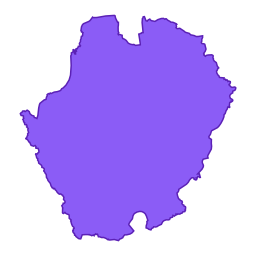 outline of Pho Thale, Phichit, Thailand
{"feature_id": "78962969B47406793118742", "entity_name": "Pho Thale", "entity_type": "district", "adm_level": 2, "iso_a3": "THA", "parent_name": "Thailand", "parent_adm1": "Phichit", "projection": "albers", "projection_center": [100.23, 16.06], "detail": "fine", "context": "isolated", "style": "filled", "palette": "violet", "viewbox_px": 256, "rotation_deg": 0, "n_neighbors": 0, "source": "geoboundaries", "source_scale": "gbopen_adm2", "svg_char_len": 5709}
<svg xmlns="http://www.w3.org/2000/svg" viewBox="0 0 256 256"><path d="M224.1,77.9L219.8,77.5L219.3,77.1L219.1,76.1L217.9,74.9L216.8,73.0L216.5,71.0L217.2,70.3L217.8,68.6L218.7,67.9L217.3,66.1L216.3,62.6L214.3,61.1L213.4,59.7L213.4,58.5L212.9,57.8L213.2,56.0L213.0,55.5L211.8,54.8L208.1,55.0L206.3,55.4L205.4,56.3L204.0,55.2L203.8,54.6L204.2,54.1L203.7,53.4L205.2,51.3L206.0,49.1L204.8,44.3L204.2,43.9L201.9,43.5L201.3,42.7L201.3,42.1L201.8,41.3L201.8,39.2L202.6,37.5L202.6,35.8L198.1,36.5L196.1,36.5L194.3,35.6L190.6,34.8L189.3,33.4L185.4,32.3L183.9,31.0L179.8,28.3L177.1,28.7L176.0,27.7L176.5,26.7L176.1,24.8L176.8,24.3L176.2,23.7L173.0,22.3L170.7,22.1L170.0,21.4L167.7,20.2L166.3,18.8L165.8,18.7L164.9,19.3L163.6,18.4L161.3,18.5L157.9,19.6L155.0,21.4L151.5,20.7L150.3,19.9L149.8,19.1L148.2,19.9L147.2,21.1L146.0,20.7L144.4,16.6L143.2,16.8L143.0,17.8L142.4,18.5L142.1,22.5L143.1,32.6L141.9,32.6L141.4,33.3L140.4,33.4L139.6,34.0L138.8,34.1L140.2,43.0L140.3,44.8L135.5,45.4L133.8,44.4L133.2,44.7L130.7,44.3L128.3,43.2L126.2,40.4L124.5,39.2L122.7,38.5L122.1,36.5L122.2,35.3L119.5,34.4L118.5,34.8L118.1,34.1L118.3,33.3L118.8,32.7L118.2,31.3L118.1,27.0L118.4,25.0L118.4,22.3L117.6,22.3L115.6,18.2L115.0,15.7L114.4,15.4L105.6,16.0L96.9,17.5L93.3,17.6L92.6,17.1L90.2,20.4L88.9,21.4L83.5,23.7L82.5,24.7L81.5,26.8L80.9,30.8L81.8,31.4L81.6,32.0L83.0,32.7L82.7,33.5L82.6,35.5L82.4,36.0L81.4,36.3L81.1,37.5L81.3,38.0L80.5,40.0L80.5,41.6L79.4,43.4L79.5,44.4L80.5,45.8L80.0,46.5L79.2,46.2L78.3,46.3L78.0,47.6L77.4,48.1L77.3,48.7L76.3,48.7L75.8,49.1L75.8,49.5L76.5,51.2L75.2,52.1L75.5,52.8L75.6,54.0L75.0,54.0L74.5,53.6L74.3,52.3L74.9,50.9L74.8,50.5L74.2,49.9L73.4,49.6L73.0,49.9L73.2,51.0L72.9,52.0L71.3,52.9L71.5,54.3L70.8,55.9L71.2,65.5L70.5,75.2L69.1,80.0L66.0,85.1L63.1,88.0L61.7,88.7L60.7,90.3L59.7,90.9L57.1,91.7L54.2,92.1L51.2,93.5L50.2,93.0L49.5,94.0L48.3,93.6L47.0,94.8L47.3,95.7L46.5,97.0L46.0,99.4L44.2,99.9L40.0,103.3L39.5,104.4L38.7,108.0L37.9,115.3L36.9,118.5L35.6,117.8L34.3,117.5L33.9,116.0L31.7,115.3L29.9,113.6L29.3,111.7L27.4,110.2L26.6,110.4L25.4,111.5L24.7,111.4L24.3,110.9L22.6,111.1L22.0,112.3L20.9,112.9L20.3,113.7L21.1,115.5L23.0,115.7L23.5,116.1L23.3,117.2L23.8,118.2L22.8,119.4L23.5,120.5L23.6,121.8L24.7,122.8L24.5,123.6L24.9,124.6L25.3,124.8L26.5,124.6L27.1,126.3L26.6,126.9L28.2,128.5L27.8,129.9L28.6,132.6L27.6,133.8L27.8,135.3L27.2,136.0L26.6,138.0L25.8,138.3L25.8,138.7L27.1,139.4L28.1,140.4L28.8,141.9L29.6,142.2L31.1,145.4L33.7,146.2L35.1,145.5L36.0,146.6L35.8,147.6L35.9,148.2L38.1,148.4L38.8,150.5L38.9,152.1L37.9,152.9L37.5,153.9L35.8,153.8L35.6,154.4L36.1,155.3L36.7,157.9L37.8,158.8L37.6,160.1L38.5,161.4L38.7,163.1L41.4,165.2L41.9,166.4L41.9,167.4L42.6,167.5L44.1,168.5L44.3,169.9L43.8,170.5L43.8,171.1L44.8,172.2L45.2,173.3L46.2,174.4L46.5,177.6L47.4,178.7L48.0,180.5L50.3,183.4L51.0,185.8L52.2,187.8L52.7,187.7L53.4,188.8L54.6,188.5L55.2,189.8L56.2,190.6L57.2,192.3L58.7,193.8L59.6,194.2L60.8,193.9L61.6,194.8L62.7,195.2L63.1,196.3L63.9,197.2L63.5,199.4L64.9,201.1L65.1,202.0L64.5,203.2L63.2,203.2L63.0,204.3L61.8,205.7L62.8,208.0L62.6,208.5L62.5,212.7L62.8,213.2L63.6,213.5L64.9,212.4L65.5,213.2L66.7,213.9L68.9,214.7L69.2,215.7L69.2,218.3L71.1,220.0L70.7,221.1L71.1,221.5L71.1,222.4L71.7,224.3L72.6,226.3L73.7,227.1L74.1,228.0L74.1,228.4L73.5,228.6L73.3,230.5L72.8,230.5L72.9,231.9L73.7,233.1L74.4,233.4L74.6,235.2L75.4,235.4L75.9,236.5L78.6,238.6L80.1,238.9L80.8,238.8L82.2,234.8L85.3,234.6L88.7,234.6L89.1,234.9L89.5,234.6L91.8,235.7L92.3,235.3L93.4,235.3L94.1,235.7L94.2,234.7L95.0,234.6L95.7,233.9L96.2,234.5L97.1,234.1L97.5,234.2L98.4,236.8L99.7,236.8L101.5,237.5L103.8,237.5L106.6,238.7L107.5,239.6L108.5,239.3L108.6,239.8L109.8,240.0L114.3,239.5L118.5,240.6L119.9,239.0L121.2,238.6L122.9,237.6L123.1,236.8L124.6,234.9L126.8,234.8L130.1,234.0L132.1,232.8L133.8,230.9L128.8,224.7L128.9,223.8L130.1,221.8L132.4,218.8L133.0,215.8L134.0,214.0L134.6,213.4L137.1,212.0L139.8,211.4L142.0,211.6L143.9,212.6L145.2,213.7L146.4,216.0L147.9,220.5L146.9,221.4L147.0,223.3L146.2,225.8L146.1,227.9L147.6,228.4L148.8,229.3L150.9,229.9L151.2,229.7L151.5,228.5L153.0,227.9L153.6,226.8L155.5,227.0L157.1,226.6L158.5,225.6L161.4,224.3L162.6,221.9L163.7,220.8L166.2,219.8L168.3,219.9L169.6,219.5L170.3,217.8L172.5,217.2L173.0,215.4L174.4,216.1L175.4,215.2L176.0,215.1L176.1,214.1L176.5,214.4L177.1,214.1L177.5,214.3L177.6,214.0L179.9,214.1L180.9,213.4L182.0,213.2L182.8,211.9L184.8,211.6L185.5,210.1L185.0,209.9L185.7,208.0L185.4,206.6L184.1,206.2L183.8,205.1L182.9,204.8L182.1,203.9L181.9,203.3L182.4,202.2L182.0,201.1L180.2,200.3L179.8,199.4L178.6,198.8L177.5,195.7L177.0,193.0L178.2,191.8L178.8,190.4L178.7,189.4L186.5,184.2L188.3,182.2L189.6,179.9L191.3,178.1L192.1,177.7L193.3,177.8L194.0,178.4L194.1,179.3L195.9,180.0L196.6,179.6L197.0,178.5L196.2,178.0L197.2,177.7L197.7,176.6L198.8,176.6L199.6,177.5L200.3,177.4L199.4,173.9L197.7,173.9L202.0,169.2L203.3,166.8L203.4,165.3L202.3,162.8L202.3,161.0L203.2,159.2L208.1,158.0L207.7,156.9L207.8,155.6L211.3,149.1L211.6,146.2L211.3,143.3L211.4,139.4L209.1,137.9L208.9,136.5L210.4,134.4L211.5,130.8L217.5,127.6L219.1,125.9L220.9,123.3L222.8,119.7L223.9,116.8L224.1,114.5L225.1,113.7L226.1,110.7L227.3,108.9L227.7,107.1L228.1,106.9L229.4,107.5L229.7,107.3L229.7,106.7L229.3,105.9L229.7,102.7L230.1,102.3L231.1,102.1L231.2,101.1L232.2,101.4L232.7,100.8L232.8,100.1L232.1,99.3L230.4,98.4L229.7,96.4L229.8,95.4L231.2,93.7L232.7,92.9L232.7,91.2L234.9,90.3L235.7,88.8L235.7,87.6L234.8,87.0L232.0,87.4L231.1,87.0L229.0,84.8L229.1,84.3L229.9,83.9L230.4,82.4L230.3,81.6L229.1,81.1L228.1,81.4L228.2,81.0L227.3,80.5L227.2,80.0L225.9,80.2L225.9,79.5L225.2,79.2L224.1,79.4L223.9,78.8L224.1,77.9Z" fill="#8b5cf6" stroke="#5b21b6" stroke-width="1.5"/></svg>